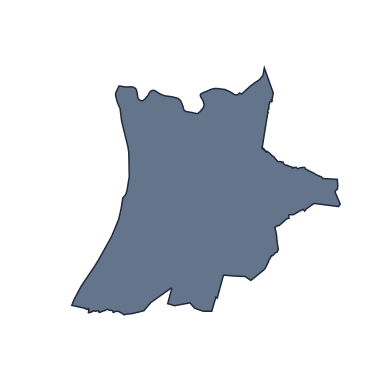 Kota Banjarmasin, Kalimantan Selatan, Indonesia (orthographic projection), rotated 346°
{"feature_id": "22746128B37126944555810", "entity_name": "Kota Banjarmasin", "entity_type": "district", "adm_level": 2, "iso_a3": "IDN", "parent_name": "Indonesia", "parent_adm1": "Kalimantan Selatan", "projection": "orthographic", "projection_center": [114.6, -3.325], "detail": "fine", "context": "isolated", "style": "filled", "palette": "slate", "viewbox_px": 384, "rotation_deg": 346, "n_neighbors": 0, "source": "geoboundaries", "source_scale": "gbopen_adm2", "svg_char_len": 5660}
<svg xmlns="http://www.w3.org/2000/svg" viewBox="0 0 384 384"><g transform="rotate(346 192 192)"><path d="M292.2,89.1L290.1,93.7L289.1,96.0L284.8,99.3L279.3,101.2L274.4,103.3L263.9,108.9L261.9,107.4L260.6,108.4L260.4,108.6L260.1,108.6L259.7,108.6L258.5,108.4L257.5,108.1L256.7,107.7L255.0,105.8L252.7,103.6L251.2,102.4L248.6,100.4L244.5,98.9L243.1,98.2L241.5,97.7L239.2,97.1L238.5,97.0L235.9,97.0L234.4,97.1L232.5,97.5L229.9,97.9L228.2,98.1L226.6,98.4L225.6,98.6L224.1,99.1L223.8,99.4L223.5,99.9L223.4,100.7L223.4,101.1L223.4,101.5L223.6,102.3L224.3,104.1L224.6,105.5L224.8,106.6L224.9,109.5L224.9,110.0L224.3,111.5L223.8,112.3L222.8,113.4L220.3,115.2L218.6,116.3L217.2,117.0L216.3,117.2L214.5,116.6L211.6,115.1L205.4,112.3L205.2,112.1L204.9,111.8L204.5,111.2L204.2,110.8L204.1,110.6L204.0,109.9L203.9,108.7L203.9,106.0L203.1,100.8L202.8,100.2L202.0,98.9L201.7,98.5L201.1,97.9L200.4,97.4L199.1,96.6L195.4,94.7L192.0,93.3L190.1,92.6L189.4,92.3L188.3,91.7L186.7,90.7L185.6,89.8L184.8,89.1L183.4,87.8L182.3,86.6L180.8,85.0L179.7,84.3L179.0,84.0L178.4,83.8L177.7,83.8L177.1,83.9L176.4,84.1L175.6,84.6L174.2,85.9L173.3,86.9L172.4,87.8L169.9,89.7L168.9,90.3L167.0,91.2L166.4,91.3L165.8,91.4L165.1,91.2L163.6,90.3L163.4,90.1L163.0,89.4L162.7,89.0L162.4,87.8L162.3,86.8L162.5,85.3L162.6,84.2L162.7,82.7L162.8,80.7L162.7,79.5L162.4,78.3L162.3,78.0L162.1,77.7L161.8,77.4L160.8,76.5L160.2,76.0L158.9,75.3L158.2,75.1L156.7,74.9L153.2,74.1L150.4,73.0L148.2,71.9L146.7,71.5L146.4,71.9L144.2,74.8L143.4,75.6L142.1,77.2L141.6,78.4L141.3,79.3L141.2,80.4L141.2,81.8L141.2,85.3L141.5,88.4L141.8,90.0L141.9,91.1L142.4,93.2L142.3,94.4L140.9,105.8L140.9,107.2L140.8,112.3L140.8,115.9L140.8,129.0L140.7,133.4L140.2,138.5L134.8,162.0L129.5,174.3L127.6,177.7L126.4,179.0L123.5,180.9L120.0,189.2L117.7,194.0L114.4,200.5L107.9,209.4L103.1,215.8L92.1,227.6L84.4,235.8L78.9,241.1L62.3,256.0L60.6,257.8L51.6,267.8L47.9,272.9L60.5,279.2L60.6,279.8L60.8,280.0L61.2,280.4L61.7,280.5L62.0,280.4L62.2,280.2L62.6,280.0L63.0,280.0L63.4,280.1L63.4,280.5L63.4,280.9L63.1,282.1L62.8,282.8L62.8,283.1L62.5,283.6L62.3,283.9L62.6,284.2L63.0,284.3L63.4,284.2L63.9,284.2L64.8,284.2L66.4,283.9L67.2,283.5L67.8,283.5L68.3,283.8L68.7,284.1L69.4,284.3L70.0,284.4L71.1,284.4L71.9,284.5L72.4,284.8L72.6,285.3L72.6,285.9L72.7,286.3L73.1,286.4L74.0,286.4L74.9,286.3L75.7,286.1L76.7,286.0L79.1,285.9L79.7,285.5L80.7,285.4L81.3,285.5L81.9,285.7L83.7,287.0L84.6,287.2L84.9,287.2L85.7,287.6L86.4,288.3L86.4,288.9L86.3,289.6L86.7,289.9L89.1,289.3L89.6,289.5L90.2,289.6L91.2,290.0L92.2,290.3L92.7,290.8L93.3,291.7L94.1,292.1L95.6,293.7L96.2,294.6L97.0,294.8L98.6,294.6L99.5,294.6L100.1,294.9L100.9,295.0L102.4,295.2L104.6,295.5L107.5,295.5L111.7,295.6L114.3,295.5L116.5,295.6L125.5,289.2L148.2,280.3L148.9,280.5L148.6,281.6L146.7,284.9L145.2,287.6L141.4,294.5L147.6,298.1L163.3,299.1L164.8,302.3L166.4,305.3L170.1,307.9L173.6,310.1L175.3,310.7L182.3,312.5L189.8,299.7L190.8,301.1L202.4,280.3L205.3,281.2L212.7,283.8L223.1,286.8L227.7,292.0L233.2,289.5L242.8,285.0L244.7,283.7L247.4,280.4L248.2,279.4L249.3,278.4L249.3,278.2L249.5,277.9L249.5,277.7L249.6,277.3L249.7,277.0L249.8,276.8L250.0,276.7L250.6,276.4L250.9,276.2L251.6,275.4L251.7,275.2L251.9,275.0L252.0,274.9L252.4,274.6L252.4,274.4L252.5,274.4L252.8,274.2L253.0,273.9L253.2,273.6L253.4,273.3L253.6,273.0L254.1,273.1L254.4,273.3L254.7,273.2L254.9,273.1L255.4,273.0L255.5,272.9L255.8,272.8L255.9,272.7L256.0,272.7L256.5,272.2L256.8,271.9L257.2,271.7L257.4,271.5L257.9,271.4L258.3,271.3L258.4,271.2L258.6,271.2L258.9,271.0L259.9,271.0L261.9,268.6L262.4,262.2L262.6,260.7L263.7,253.3L263.8,250.5L263.8,249.0L263.8,246.4L266.9,245.3L268.1,245.7L269.3,245.2L277.2,241.1L278.9,240.9L279.8,241.0L280.0,239.6L280.2,237.8L280.5,237.7L281.2,237.7L282.5,238.0L283.4,238.1L283.9,238.3L284.3,238.4L285.0,238.5L293.2,236.2L295.0,235.7L295.1,235.9L295.5,235.7L295.9,236.4L296.7,237.8L297.4,237.3L298.3,236.4L298.8,236.1L307.6,232.6L330.7,241.6L332.9,239.6L330.7,226.1L333.7,224.4L334.9,221.6L335.9,215.5L336.1,214.9L322.3,210.6L321.2,208.6L317.6,206.0L316.1,204.6L314.6,203.1L313.8,202.3L311.4,200.5L307.8,197.2L307.5,196.1L307.3,195.6L306.9,195.2L303.4,194.7L303.1,194.7L302.7,194.7L301.8,194.7L300.7,195.0L300.0,194.9L299.6,194.4L299.1,193.2L298.2,193.2L297.6,193.1L297.1,192.9L296.3,192.7L296.1,192.7L296.1,192.9L295.9,192.9L295.6,193.2L294.9,192.6L294.6,191.9L294.4,191.6L292.7,190.6L291.5,190.2L291.4,189.4L290.5,189.0L290.2,188.8L289.6,188.6L289.2,188.6L288.7,188.3L287.7,186.8L287.7,186.0L287.7,185.6L287.8,185.2L287.5,185.0L286.9,185.1L286.6,185.0L286.3,184.6L286.2,184.3L285.9,184.1L285.6,184.1L284.7,183.8L284.0,183.5L282.9,183.4L282.4,183.0L282.1,182.0L281.0,180.3L280.5,178.9L280.3,178.3L279.9,177.7L278.7,176.5L278.0,175.2L277.0,173.8L276.8,173.2L276.5,172.9L275.4,171.6L274.9,170.9L274.8,171.1L274.5,171.0L274.3,170.9L274.2,171.0L273.8,171.3L273.7,171.2L273.6,170.8L273.2,170.4L273.3,170.1L273.3,169.6L272.9,169.5L272.3,169.0L272.3,168.5L272.3,168.4L272.6,168.1L272.5,167.9L272.3,167.7L272.1,167.8L271.8,168.2L271.7,168.1L271.5,167.9L271.2,167.7L271.1,167.4L271.0,167.1L271.2,166.9L271.4,166.8L271.5,166.9L271.6,166.7L271.3,166.3L270.8,166.5L270.5,166.5L270.4,166.1L270.7,165.7L271.0,165.5L284.5,133.9L285.2,133.2L284.9,132.9L284.8,132.4L285.1,131.7L285.7,130.6L286.3,130.4L286.5,130.2L286.5,129.7L286.9,129.2L287.0,128.9L286.9,128.6L287.1,128.2L287.3,128.1L287.4,127.9L287.3,127.4L287.3,127.2L287.5,126.8L287.6,126.2L287.9,125.9L288.3,125.4L288.6,124.7L288.8,124.6L289.2,123.7L289.5,123.4L290.0,123.2L290.6,123.1L290.8,123.6L292.0,123.1L291.6,121.9L291.9,122.0L293.1,119.4L294.8,115.6L292.2,89.1Z" fill="#64748b" stroke="#1e293b" stroke-width="1.5"/></g></svg>